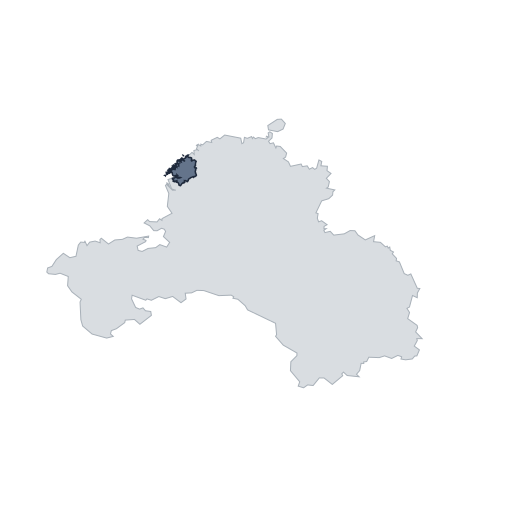 location of Zhejiang within China, rotated 203°
{"feature_id": "CHN-1820", "entity_name": "Zhejiang", "entity_type": "Province", "adm_level": 1, "iso_a3": "CHN", "parent_name": "China", "parent_adm1": "", "projection": "natural_earth1", "projection_center": [120.785, 29.18], "detail": "fine", "context": "in_parent", "style": "filled", "palette": "slate", "viewbox_px": 512, "rotation_deg": 203, "n_neighbors": 0, "source": "natural_earth", "source_scale": "10m", "svg_char_len": 9564}
<svg xmlns="http://www.w3.org/2000/svg" viewBox="0 0 512 512"><g transform="rotate(203 256 256)"><path d="M276.5,366.3L268.0,362.7L267.4,358.6L268.9,356.4L262.9,355.3L259.3,352.0L250.4,358.3L248.3,356.4L244.1,359.0L240.8,356.7L238.5,359.5L235.8,358.7L234.5,360.5L235.6,369.0L232.4,368.7L231.5,364.4L225.3,366.5L224.0,362.3L219.2,361.3L221.6,355.0L217.5,353.2L216.5,347.7L217.6,346.0L209.3,347.6L210.3,345.2L209.3,342.0L211.4,337.2L217.1,332.4L217.7,319.1L215.4,319.3L214.3,314.7L211.7,311.9L209.4,314.1L202.8,312.6L204.9,309.9L204.1,307.6L202.1,308.6L203.6,306.1L201.7,304.5L197.3,307.7L192.6,305.6L183.4,310.9L179.3,316.2L174.8,317.9L170.4,315.2L161.7,313.5L154.7,321.1L153.4,315.1L146.8,317.2L140.5,315.0L139.0,316.4L137.4,314.9L136.4,316.5L134.6,313.7L131.0,313.4L131.4,311.2L125.7,308.7L125.1,306.3L121.7,306.6L112.7,297.7L108.7,297.6L106.5,300.0L94.9,289.3L92.5,290.1L93.0,285.0L91.3,280.6L96.5,280.8L94.8,269.0L96.6,266.8L92.6,264.0L91.9,257.6L80.6,255.1L79.2,253.2L79.4,248.5L70.8,244.8L75.7,242.8L74.5,241.2L75.1,234.9L68.9,233.4L68.9,226.9L70.8,225.9L71.9,222.3L77.7,218.9L82.3,217.8L82.6,220.2L86.6,219.9L91.1,214.7L98.6,214.3L102.9,210.6L112.6,206.9L112.9,202.1L115.5,200.5L114.8,199.2L117.3,198.3L115.8,191.1L117.3,186.4L113.9,185.1L125.4,181.6L130.1,183.3L131.0,181.0L129.4,179.7L135.6,167.6L145.7,170.3L150.1,168.5L152.8,159.1L158.1,157.5L160.7,153.3L166.3,152.7L166.6,157.3L179.5,163.9L182.6,172.3L179.4,180.2L180.4,182.7L196.1,184.6L206.6,189.7L206.3,191.6L211.7,201.7L242.7,203.1L246.5,206.0L255.8,209.1L260.7,208.1L260.6,209.8L263.5,210.3L274.7,205.0L290.5,203.8L297.0,201.3L300.9,196.9L306.6,194.1L303.6,189.1L306.8,183.7L316.9,186.2L322.8,181.3L329.6,180.7L335.0,174.4L339.6,173.9L340.2,172.2L354.7,171.5L353.8,167.9L346.7,161.6L342.4,161.6L339.8,164.1L336.4,162.4L331.2,163.8L329.1,160.5L336.2,147.8L343.1,150.1L351.3,145.9L350.8,143.4L356.1,134.5L360.0,130.8L359.5,127.4L356.0,126.2L361.4,122.1L376.4,120.1L388.2,123.8L392.3,128.9L400.0,144.9L399.9,147.9L411.4,151.0L417.8,155.0L420.8,163.8L429.6,163.6L433.4,160.7L440.0,158.6L442.3,159.5L443.1,163.6L439.8,166.7L438.4,174.7L434.4,183.2L426.7,181.7L421.6,185.4L423.8,196.6L422.8,200.3L418.9,201.6L419.6,203.1L415.6,199.5L414.5,203.8L409.9,206.9L404.6,207.3L406.1,210.2L405.3,211.9L396.5,209.4L392.2,215.6L385.5,219.1L381.7,223.2L372.9,225.7L362.6,232.4L362.2,230.9L365.8,229.5L366.6,227.3L363.3,227.4L363.2,226.1L369.3,218.7L366.7,215.1L362.6,215.7L358.3,220.8L351.6,224.5L349.0,228.9L341.7,229.3L340.8,234.8L348.8,237.7L348.8,243.3L350.9,244.8L353.8,244.6L356.9,240.6L360.0,239.4L365.6,242.3L371.9,242.7L369.9,247.1L367.4,246.1L360.4,248.7L359.3,252.6L356.5,252.0L357.1,253.7L350.0,262.5L357.0,267.0L360.7,279.5L366.9,285.5L366.4,287.0L358.5,283.9L355.5,285.2L359.8,284.8L366.9,292.0L360.9,297.2L358.1,297.2L356.5,298.4L363.2,297.9L368.5,301.3L364.8,304.3L367.8,304.2L367.5,307.0L364.5,307.0L366.0,308.4L364.7,310.8L365.5,313.5L362.5,313.3L360.0,315.7L355.4,326.4L352.5,325.3L354.4,328.8L351.7,331.0L349.6,330.4L352.7,331.4L352.7,336.1L349.8,335.7L350.5,337.4L348.5,337.5L346.4,342.1L341.1,343.2L342.5,345.0L338.0,350.1L335.0,349.7L332.1,355.1L316.1,358.5L312.9,353.9L311.7,355.4L313.0,360.7L310.0,360.9L306.7,364.2L305.2,362.7L304.8,364.5L302.5,363.7L300.2,365.9L292.4,367.6L290.7,370.7L292.9,374.0L291.8,375.7L288.8,375.2L287.4,370.9L289.3,366.5L286.9,364.9L284.2,367.0L279.9,363.2L280.0,365.3L276.5,366.3ZM293.8,377.0L296.1,380.7L289.8,390.1L286.1,391.9L280.8,389.4L280.7,383.4L284.7,378.9L293.8,377.0ZM367.1,288.6L364.9,288.2L362.9,286.2L364.5,286.6L367.1,288.6ZM369.8,299.7L368.1,300.1L367.8,299.1L369.8,299.7ZM354.1,334.6L353.2,335.8L353.3,334.2L354.1,334.6ZM291.5,370.3L293.1,369.6L293.0,370.5L291.5,370.3Z" fill="#d9dde1" stroke="#a8b0b8" stroke-width="1"/><path d="M363.3,294.9L362.9,295.1L362.4,295.6L361.9,295.7L361.5,296.0L361.2,296.6L361.2,297.0L360.9,297.1L361.1,297.3L360.9,297.4L360.5,297.9L360.2,298.0L360.0,297.4L359.7,297.2L358.3,297.1L358.0,297.2L357.6,298.1L356.9,297.9L356.1,298.7L356.4,298.7L357.0,298.1L357.4,298.4L357.7,298.3L358.1,297.4L359.2,297.3L359.4,297.4L359.7,298.3L359.9,298.4L359.2,299.3L359.6,299.6L360.1,299.6L360.3,299.7L360.2,299.5L359.6,299.5L359.3,299.3L360.0,298.5L360.9,298.9L361.6,298.6L362.6,297.7L363.2,297.5L364.0,297.7L364.3,298.0L364.8,298.5L365.8,300.1L366.3,300.4L366.2,300.5L366.5,300.4L367.5,300.9L367.6,301.1L368.8,301.0L368.7,301.2L367.9,301.6L367.4,302.2L367.2,302.2L367.1,302.5L366.6,302.9L366.0,303.6L365.3,303.7L365.0,304.1L364.9,303.8L364.4,303.9L364.5,304.2L364.3,304.4L364.4,304.8L364.6,304.7L364.7,304.3L364.8,304.3L364.8,304.5L364.7,304.8L364.7,305.0L365.0,304.8L365.2,304.3L365.7,304.2L366.2,303.8L366.3,304.0L366.5,303.9L366.5,304.1L366.6,304.4L366.8,304.2L367.0,303.9L366.8,303.7L366.4,303.8L366.7,303.4L367.5,303.0L367.8,303.4L367.8,303.6L367.6,303.7L367.7,303.8L367.4,303.9L367.8,304.5L367.7,304.8L367.6,304.7L367.5,304.8L367.5,305.3L367.6,305.5L367.4,305.7L367.6,306.0L367.8,305.8L368.0,306.0L367.7,306.1L367.6,306.5L367.0,306.8L366.6,306.7L366.7,305.7L367.0,305.5L366.9,305.4L366.7,305.5L366.7,305.1L366.6,306.0L366.2,306.6L365.8,306.6L365.7,306.3L365.8,305.7L365.7,305.6L365.6,306.6L365.3,305.7L365.2,305.7L365.3,305.9L365.0,305.9L365.0,306.0L364.8,306.6L364.7,306.5L364.5,306.8L364.2,306.8L364.5,307.0L364.2,307.2L365.6,307.1L365.5,307.6L365.0,307.5L365.0,307.9L365.1,307.7L365.7,307.6L366.0,307.9L365.8,308.1L366.0,308.4L366.0,308.7L365.4,308.3L365.3,308.6L364.9,308.4L364.8,308.6L365.3,308.9L365.5,308.9L365.6,309.0L365.6,309.3L365.9,309.4L365.7,309.5L365.9,309.7L365.6,309.9L365.6,310.1L364.8,310.4L363.9,310.3L363.1,309.9L363.0,309.5L362.5,309.2L362.6,309.5L362.9,309.6L363.1,309.9L363.5,310.2L363.5,310.4L363.3,310.6L364.3,310.4L364.9,310.7L365.3,311.9L364.9,312.0L365.5,312.1L365.4,312.4L365.7,312.9L365.7,313.1L365.8,313.2L365.6,313.6L365.4,313.8L365.3,313.5L364.8,313.2L364.4,313.5L364.2,313.4L364.1,313.6L364.3,313.8L364.0,314.1L363.9,314.3L364.0,314.3L364.0,314.5L363.9,314.7L363.7,314.7L363.3,314.1L363.1,314.0L363.2,313.7L363.1,313.4L362.9,313.2L363.3,313.0L363.0,313.0L362.7,312.8L362.4,313.4L362.1,313.5L362.0,313.4L361.8,313.4L362.0,313.6L362.4,313.6L362.4,314.0L362.2,314.5L361.7,315.0L361.6,315.6L361.4,315.9L360.4,315.9L359.9,315.5L359.1,315.5L358.9,314.9L358.9,315.1L359.0,315.6L359.5,315.6L360.0,316.0L360.5,316.2L360.8,316.7L360.4,317.1L359.8,318.0L359.7,318.0L359.3,317.7L359.5,318.1L359.5,318.5L359.0,319.2L359.2,319.6L359.5,319.7L359.5,320.0L359.3,320.1L359.3,320.6L358.7,320.5L358.6,320.8L358.4,320.9L358.7,321.1L358.7,321.4L358.5,321.5L358.5,322.0L358.2,322.2L358.1,321.9L357.9,321.9L357.8,322.0L357.8,321.3L357.4,320.7L357.1,320.6L356.7,320.4L356.1,320.5L355.5,320.9L355.1,320.8L354.7,321.1L353.7,321.1L353.2,320.3L353.1,319.6L352.9,319.0L352.7,318.9L352.8,318.6L352.6,318.4L352.3,318.3L352.1,318.5L351.7,319.5L351.1,319.7L350.4,320.3L349.7,320.3L349.4,320.0L348.1,319.8L348.0,319.5L348.2,319.3L348.0,318.3L348.0,318.0L347.7,317.2L347.6,316.5L347.1,316.0L347.2,315.0L347.4,314.8L347.2,314.4L347.5,314.0L347.0,313.3L346.7,313.5L346.3,313.6L346.1,313.5L345.8,313.6L345.6,313.8L345.2,313.6L345.4,313.2L345.3,312.1L345.2,311.9L345.3,311.7L345.0,311.1L345.1,310.4L344.9,310.2L344.7,309.6L344.3,309.3L344.1,308.7L343.8,308.6L343.8,308.4L342.8,307.6L342.4,307.1L342.4,306.9L342.7,306.3L342.7,305.9L343.2,305.7L343.4,305.5L343.6,305.2L343.5,304.9L344.4,304.5L344.4,304.2L344.9,304.5L346.0,303.2L346.5,302.9L347.0,302.3L347.1,301.6L347.7,301.1L347.8,300.7L348.1,300.4L348.0,299.4L348.0,299.1L347.9,299.0L348.2,298.5L348.0,298.0L348.1,297.7L348.5,297.5L349.1,297.8L350.1,297.8L350.3,297.9L350.9,297.4L351.3,297.4L351.1,297.0L350.9,296.2L350.5,296.2L350.4,295.9L350.5,295.8L350.6,295.5L350.8,295.4L351.1,294.9L351.3,294.9L351.5,295.3L351.7,295.2L352.0,294.3L352.3,294.1L352.5,293.6L352.9,291.4L353.0,291.2L353.7,291.1L354.0,291.2L354.6,291.2L354.8,291.3L354.9,291.8L356.0,292.9L356.6,293.1L357.5,292.9L357.6,293.3L358.0,293.2L358.3,294.3L359.0,293.6L359.7,293.4L359.7,293.0L359.6,292.8L359.6,292.6L361.4,292.4L361.6,293.0L361.5,293.3L361.6,293.5L361.5,293.8L361.8,293.9L362.0,293.7L362.5,294.1L363.1,294.3L363.3,294.9ZM370.1,300.1L369.9,300.8L369.5,300.4L368.6,300.1L368.1,300.3L368.1,300.0L367.8,299.8L367.8,299.1L368.7,299.1L369.6,299.7L369.8,299.7L370.1,300.1ZM363.2,314.7L363.4,315.0L363.1,315.1L363.1,315.3L362.6,315.5L362.6,315.3L362.4,314.8L362.7,314.6L363.1,314.1L363.3,314.3L363.2,314.7ZM369.5,297.8L369.3,298.0L369.5,298.1L369.3,298.4L368.9,298.3L368.5,298.0L369.3,297.5L369.5,297.8ZM368.7,301.9L369.2,302.8L368.8,302.8L368.6,302.4L368.3,302.4L368.2,302.3L368.4,302.0L368.7,301.9ZM367.7,307.1L367.6,307.5L367.3,307.5L367.4,307.3L367.2,306.9L367.5,306.7L367.7,306.8L367.7,307.1ZM367.2,299.6L367.4,300.1L367.3,300.4L367.1,300.4L366.9,300.3L366.9,299.9L367.1,299.6L367.2,299.6ZM370.6,300.6L370.4,301.3L370.5,301.5L370.3,301.3L370.3,301.1L370.1,300.8L370.1,300.6L370.6,300.6ZM370.5,296.7L370.7,297.0L370.2,296.8L369.8,297.0L369.7,296.8L369.8,296.8L369.7,296.7L369.8,296.5L370.1,296.7L370.3,296.5L370.5,296.7ZM370.0,301.6L370.0,302.0L369.6,301.8L369.5,301.5L369.7,301.4L370.0,301.6ZM370.4,298.2L369.9,298.4L370.1,298.1L370.6,298.2L370.6,298.3L370.4,298.2ZM366.7,306.9L367.2,307.1L367.0,307.3L366.6,307.1L366.7,306.9ZM361.9,316.2L362.1,315.9L362.5,316.1L362.3,316.2L361.9,316.2ZM371.4,294.6L371.3,294.8L370.7,294.8L370.7,294.5L371.0,294.7L371.4,294.6ZM362.8,316.9L362.7,317.2L362.2,317.2L362.3,317.0L362.8,316.9ZM367.8,300.7L367.9,301.0L367.7,301.0L367.6,300.7L367.8,300.7ZM362.1,319.9L362.3,320.1L362.0,320.1L361.9,320.0L362.1,319.9Z" fill="#64748b" stroke="#1e293b" stroke-width="1.5"/></g></svg>